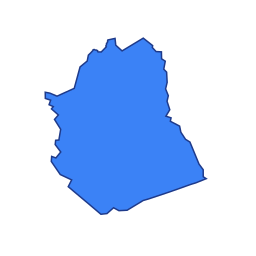 Pitt, North Carolina, United States of America, rotated 197°
{"feature_id": "52423323B49517709144014", "entity_name": "Pitt", "entity_type": "district", "adm_level": 2, "iso_a3": "USA", "parent_name": "United States of America", "parent_adm1": "North Carolina", "projection": "mercator", "projection_center": [-77.336, 35.58], "detail": "fine", "context": "isolated", "style": "filled", "palette": "blue", "viewbox_px": 256, "rotation_deg": 197, "n_neighbors": 0, "source": "geoboundaries", "source_scale": "gbopen_adm2", "svg_char_len": 1170}
<svg xmlns="http://www.w3.org/2000/svg" viewBox="0 0 256 256"><g transform="rotate(197 128 128)"><path d="M187.2,186.1L186.6,180.1L191.7,172.4L191.0,150.2L205.2,137.7L212.9,138.5L217.6,138.0L215.7,132.1L210.1,132.0L210.3,127.2L205.7,126.6L206.8,123.9L198.4,120.1L200.8,114.7L192.0,107.1L190.6,96.3L193.6,95.1L192.8,90.9L185.3,85.4L188.2,78.3L192.7,78.5L191.6,73.6L179.2,63.7L166.7,61.9L168.0,54.4L159.1,50.6L140.3,42.6L128.7,37.6L123.1,40.0L118.5,47.5L112.5,46.3L104.8,49.1L92.3,63.1L87.7,66.1L69.6,79.0L51.5,92.4L49.9,93.5L48.7,94.3L47.2,95.3L38.4,102.4L41.8,103.4L43.9,110.1L49.5,114.2L64.7,132.7L69.7,134.0L76.2,139.4L79.2,144.9L89.5,146.8L89.8,150.3L95.2,150.4L93.4,157.7L98.5,165.0L98.9,170.7L103.5,176.4L103.9,183.1L107.4,192.7L111.0,194.7L111.9,202.8L116.1,204.0L118.3,210.6L123.5,209.3L128.3,212.1L128.5,214.0L139.7,218.4L156.2,200.0L163.9,203.6L166.6,209.9L173.0,206.3L173.0,205.1L172.6,204.6L172.9,203.2L173.3,202.7L172.9,201.3L173.2,200.5L173.0,199.7L172.5,199.3L175.8,192.9L178.9,192.0L179.5,192.3L179.6,193.0L180.8,193.3L182.1,193.0L183.4,193.2L184.3,192.5L184.2,191.9L185.6,189.0L187.2,186.1Z" fill="#3b82f6" stroke="#1e3a8a" stroke-width="1.5"/></g></svg>